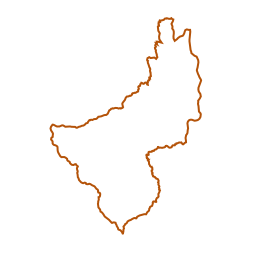 Sopetrán, Antioquia, Colombia (orthographic projection), rotated 174°
{"feature_id": "7082276B56880997527404", "entity_name": "Sopetrán", "entity_type": "district", "adm_level": 2, "iso_a3": "COL", "parent_name": "Colombia", "parent_adm1": "Antioquia", "projection": "orthographic", "projection_center": [-75.752, 6.515], "detail": "fine", "context": "isolated", "style": "outline", "palette": "amber", "viewbox_px": 256, "rotation_deg": 174, "n_neighbors": 0, "source": "geoboundaries", "source_scale": "gbopen_adm2", "svg_char_len": 5828}
<svg xmlns="http://www.w3.org/2000/svg" viewBox="0 0 256 256"><g transform="rotate(174 128 128)"><path d="M202.3,139.2L202.7,139.2L204.4,137.3L205.1,135.7L204.8,133.7L203.5,131.2L203.2,130.0L203.6,128.6L203.8,127.1L204.0,126.8L204.9,126.5L205.3,126.1L205.7,124.6L204.6,123.0L204.4,122.1L204.6,120.7L204.2,119.7L203.4,118.9L202.0,118.4L200.8,117.6L200.2,116.9L200.1,116.1L200.3,113.5L200.2,111.8L199.8,110.5L198.3,107.1L197.3,106.0L194.5,105.8L193.2,105.1L191.8,103.7L191.7,102.2L191.2,101.6L189.6,100.5L189.3,99.0L188.1,97.6L187.5,97.2L186.0,96.9L184.6,97.5L183.7,97.5L183.2,96.4L182.0,95.3L181.9,94.9L182.8,93.8L183.0,93.3L182.9,91.5L182.6,90.8L182.6,89.6L183.1,89.0L183.2,88.5L183.0,87.2L183.0,84.2L182.4,83.1L182.2,81.5L180.4,79.0L179.0,78.0L178.1,77.8L176.9,78.2L176.0,77.9L175.7,77.7L175.5,76.8L174.7,76.4L173.6,76.3L172.4,76.6L171.2,76.1L169.8,74.9L167.6,73.6L167.2,73.2L165.7,70.7L164.8,70.1L164.4,69.4L164.3,68.5L164.5,67.7L164.2,66.9L162.9,66.5L162.5,65.4L162.8,63.9L163.2,62.8L163.5,62.5L164.5,62.3L164.5,59.9L165.3,58.1L165.5,56.6L165.8,55.9L165.7,52.1L164.3,49.9L164.1,47.8L162.6,46.6L161.4,44.6L160.4,42.4L156.5,38.7L154.3,35.7L153.9,35.3L153.4,35.3L152.8,35.6L151.8,35.6L150.3,35.1L150.1,33.9L149.5,32.5L149.4,31.6L148.5,29.8L148.3,28.3L148.1,28.0L146.1,27.0L144.9,25.2L144.1,22.9L143.9,24.3L143.5,25.2L143.1,27.6L142.5,28.5L142.8,30.4L141.1,32.1L140.8,32.8L140.1,33.0L139.1,33.7L138.2,35.1L136.3,36.0L135.0,36.2L133.5,37.0L131.7,37.7L130.5,37.8L129.6,37.3L129.1,37.3L128.1,38.8L125.6,39.8L120.8,40.6L119.0,40.3L117.7,42.2L115.8,43.6L115.4,44.6L115.4,45.3L114.9,45.9L114.2,47.3L112.1,48.1L111.1,50.7L111.2,51.3L110.7,52.1L110.4,52.3L109.7,52.2L108.1,51.6L107.7,51.6L107.6,52.1L107.9,52.9L107.1,54.7L106.4,55.5L105.7,55.7L104.8,56.6L104.7,59.2L103.5,61.0L103.2,61.9L102.7,62.6L102.8,62.9L103.5,63.4L103.5,63.8L103.1,64.6L103.5,65.5L102.9,66.7L103.5,68.0L103.7,68.9L103.3,70.0L103.8,70.8L103.1,72.0L103.1,72.6L103.8,74.2L105.2,74.7L105.5,75.4L106.0,75.7L106.2,76.3L108.1,77.3L108.0,78.1L108.5,78.7L108.8,79.9L108.3,80.3L108.3,81.1L108.9,81.9L109.0,83.0L108.9,83.3L108.5,83.4L108.1,83.9L108.0,85.8L108.5,86.2L108.5,86.9L109.0,86.9L110.0,87.8L110.2,88.7L110.8,89.9L110.7,92.7L111.4,93.3L111.5,93.7L110.9,94.3L111.5,94.4L111.3,94.9L111.3,95.2L112.3,95.8L112.0,96.6L112.5,97.1L112.3,97.6L112.6,99.0L112.4,99.5L112.0,99.6L111.4,99.1L110.9,99.2L110.4,99.1L110.2,99.5L110.3,101.0L110.0,101.9L109.5,102.1L106.9,101.9L106.6,102.5L106.1,102.7L104.7,102.5L103.9,103.5L102.0,103.9L101.3,104.6L100.4,105.0L100.1,105.4L100.1,106.0L99.9,106.0L98.9,105.1L98.2,105.2L96.1,104.7L93.6,105.0L92.9,105.4L92.4,106.2L91.7,106.3L90.9,106.0L89.1,104.2L88.4,104.0L86.7,104.3L85.6,105.9L85.2,106.1L83.3,105.9L83.1,106.1L82.9,106.8L82.4,106.7L82.0,106.9L81.5,107.7L80.8,107.5L78.6,108.3L77.7,108.0L76.5,108.1L75.4,106.2L74.8,106.0L74.3,106.3L73.1,107.3L71.8,107.7L71.7,109.1L71.8,112.1L70.9,114.9L70.2,115.6L69.4,116.8L68.8,119.8L68.3,121.3L68.4,126.5L67.7,128.2L66.2,129.5L64.9,129.7L63.5,129.5L61.1,128.3L59.8,128.3L57.8,128.6L56.0,129.7L54.8,131.4L54.2,134.0L54.3,134.9L55.5,136.6L55.7,137.0L55.6,142.7L55.8,143.8L55.8,145.1L55.4,146.4L55.4,147.8L53.5,149.9L52.3,151.8L52.5,154.3L53.8,156.9L54.0,158.8L53.7,160.7L50.6,167.0L50.3,167.8L50.6,168.8L51.7,171.2L52.1,172.8L52.7,174.4L53.5,177.9L53.4,178.7L52.5,180.9L51.1,185.9L51.1,188.1L52.3,191.8L54.3,192.9L57.1,195.8L57.2,197.5L57.6,199.0L57.8,207.7L57.6,209.5L56.0,217.2L56.0,219.1L57.3,219.2L59.2,219.9L60.7,219.4L61.4,218.2L62.2,216.2L63.0,215.0L63.9,214.0L66.7,213.5L68.8,212.3L69.9,211.3L72.4,209.8L73.3,212.2L73.2,214.4L72.6,217.1L72.4,219.1L72.7,220.8L73.6,222.2L73.2,223.9L73.2,224.6L73.9,227.0L72.1,229.7L71.6,231.2L72.8,231.8L73.4,232.7L74.7,232.1L76.2,232.4L77.6,233.0L78.3,232.8L78.6,233.1L79.0,232.9L80.0,232.9L81.0,231.9L82.2,231.6L84.3,231.4L85.2,231.7L85.5,231.1L84.9,230.4L84.9,230.0L85.2,229.9L85.6,230.2L86.5,229.9L86.4,229.2L86.9,228.3L86.5,227.7L86.4,226.4L86.7,226.2L87.3,226.2L87.7,225.7L87.7,225.3L87.7,221.5L86.5,218.9L87.5,215.9L87.6,213.4L87.3,212.4L85.7,209.4L89.3,210.7L90.5,210.9L90.4,208.9L91.1,209.2L90.7,208.4L91.3,208.8L92.0,208.0L92.3,207.2L91.7,205.9L92.8,205.1L92.8,204.0L92.3,203.2L92.1,202.2L92.4,201.6L91.9,198.7L91.7,198.3L91.8,197.0L91.4,195.4L92.8,193.8L93.4,194.3L94.0,195.1L94.5,195.3L98.1,195.2L98.4,195.3L99.3,196.2L99.6,196.2L100.7,195.6L101.2,195.5L101.8,194.1L101.9,193.6L101.6,192.8L101.2,192.6L101.4,192.2L101.4,190.5L101.0,189.3L100.3,185.8L99.9,185.3L99.7,184.2L100.2,182.5L99.9,181.3L100.0,180.9L99.7,180.3L99.9,179.6L99.8,177.4L100.2,177.4L100.6,176.5L100.8,175.6L101.4,175.7L101.0,174.5L101.3,174.4L101.7,174.6L101.9,173.2L102.8,173.2L103.3,172.5L103.6,171.8L103.4,171.4L103.9,170.3L103.8,169.0L104.3,169.2L104.9,170.8L105.3,171.2L106.0,171.4L106.6,171.2L107.5,170.4L107.8,170.3L108.5,170.5L109.3,171.3L110.0,171.6L110.4,170.8L111.2,170.3L111.6,168.7L111.9,168.5L112.8,168.5L113.3,168.1L113.5,167.7L113.1,165.8L113.9,165.0L114.0,163.6L114.4,163.1L115.2,163.0L116.8,162.2L117.8,162.4L118.5,162.1L119.8,162.1L120.3,161.7L120.5,160.8L122.0,159.7L123.1,159.9L124.0,159.4L125.9,159.4L127.1,158.3L128.1,156.3L130.5,153.8L131.1,152.9L131.1,151.7L130.9,150.8L131.0,150.2L130.7,149.3L131.2,148.7L133.1,148.1L133.8,148.6L135.2,148.3L136.7,149.0L138.5,149.3L140.5,148.9L141.1,149.2L141.9,148.9L142.7,148.9L143.6,148.0L144.8,147.5L146.6,144.4L148.1,143.3L150.3,143.3L153.4,142.4L155.1,142.3L155.6,142.2L156.3,142.3L157.8,140.8L158.9,140.3L160.8,140.4L162.6,139.7L163.8,140.1L164.4,140.0L164.7,139.7L165.5,139.9L167.0,138.4L167.6,137.3L169.5,136.9L170.6,135.8L172.0,135.1L173.8,135.0L175.1,134.5L176.8,134.3L178.6,133.6L179.4,133.7L180.4,134.6L181.1,134.7L184.0,135.1L185.5,135.6L190.2,135.8L192.0,137.2L192.9,137.5L193.4,137.5L196.0,136.7L198.4,136.9L199.2,137.3L201.2,138.7L202.3,139.2Z" fill="none" stroke="#b45309" stroke-width="2"/></g></svg>